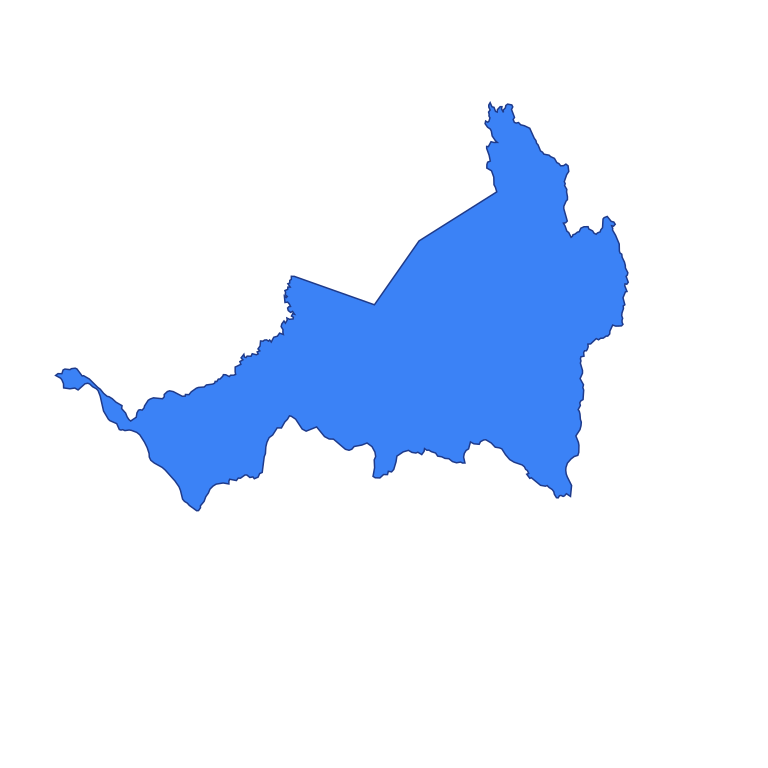 Alvorada D'Oeste, Rondônia, Brazil (Equal Earth projection), rotated 330°
{"feature_id": "56859067B19178771138394", "entity_name": "Alvorada D'Oeste", "entity_type": "district", "adm_level": 2, "iso_a3": "BRA", "parent_name": "Brazil", "parent_adm1": "Rondônia", "projection": "equal_earth", "projection_center": [-62.615, -11.332], "detail": "fine", "context": "isolated", "style": "filled", "palette": "blue", "viewbox_px": 768, "rotation_deg": 330, "n_neighbors": 0, "source": "geoboundaries", "source_scale": "gbopen_adm2", "svg_char_len": 6171}
<svg xmlns="http://www.w3.org/2000/svg" viewBox="0 0 768 768"><g transform="rotate(330 384 384)"><path d="M664.0,358.6L662.1,356.8L661.1,350.5L657.8,350.0L656.2,350.6L651.4,357.9L648.8,358.9L647.3,360.3L644.4,359.9L642.6,360.4L641.3,358.4L641.2,355.7L638.9,352.1L639.4,349.8L635.8,347.8L632.3,347.5L629.2,349.7L627.4,349.2L624.4,349.7L622.3,349.2L621.0,350.3L619.4,350.5L619.7,345.2L618.8,343.0L619.8,337.8L619.8,334.4L621.9,335.2L624.2,334.5L627.4,322.0L628.6,320.0L633.2,316.6L635.0,316.1L636.5,313.6L638.1,309.0L639.6,306.9L639.6,302.5L641.1,301.1L641.3,298.9L646.8,294.1L650.3,292.3L652.5,287.1L651.5,284.5L648.7,284.7L646.1,283.4L645.7,280.6L644.4,278.7L644.4,273.8L642.0,270.4L641.4,268.4L637.4,264.9L637.2,262.5L636.1,260.4L637.0,253.8L636.5,251.9L637.3,249.1L637.0,246.3L638.1,235.4L634.7,230.5L632.0,227.9L631.2,224.8L628.9,224.1L627.7,222.6L628.1,219.5L630.3,218.4L631.7,210.0L634.1,208.4L634.2,206.2L631.0,203.4L628.8,203.7L627.2,205.5L624.2,206.4L623.2,208.5L623.3,204.6L624.8,202.8L623.3,201.9L619.4,203.1L618.0,205.1L616.9,203.7L617.6,199.4L616.1,197.9L616.6,193.4L614.2,194.8L613.2,196.6L612.9,199.8L610.5,200.8L610.0,202.8L608.9,204.4L608.8,206.5L606.4,208.8L604.7,209.2L603.5,207.1L601.7,209.1L602.1,213.4L603.5,216.3L603.4,218.6L601.7,223.3L602.1,228.8L602.9,231.4L600.0,229.8L597.8,227.7L593.1,230.6L591.7,229.6L590.7,231.3L589.4,238.5L587.5,244.1L584.7,243.7L582.9,245.3L581.0,248.4L583.7,253.1L582.5,259.8L578.9,266.4L578.8,269.4L577.7,274.0L485.9,277.6L415.3,310.6L360.1,245.9L357.6,244.4L356.0,247.1L354.2,247.2L352.8,249.4L350.9,249.1L351.2,253.1L349.2,252.0L347.9,253.9L344.9,253.5L344.5,255.6L343.1,257.2L344.0,259.9L342.5,260.3L341.7,258.0L339.0,263.9L341.5,264.9L342.0,267.3L341.8,270.1L340.3,269.5L338.5,270.0L337.8,272.5L338.9,275.3L341.1,275.4L341.4,278.8L340.1,277.5L337.8,278.9L338.9,280.9L337.8,282.2L334.5,280.7L332.9,278.3L332.1,280.3L329.0,282.0L328.9,279.4L325.5,280.9L323.6,282.9L323.7,286.4L322.3,288.6L321.6,290.8L319.0,287.7L315.6,289.3L311.9,288.4L307.3,291.3L307.0,288.7L305.4,289.1L304.4,287.1L302.5,286.2L300.6,286.4L298.6,285.0L295.7,289.1L292.4,290.6L293.0,293.2L290.2,292.8L290.1,295.0L288.2,294.9L285.0,291.9L282.7,293.5L279.4,291.4L277.7,292.1L276.6,290.8L277.5,288.2L273.3,289.9L273.9,292.5L270.4,292.5L269.9,295.4L263.6,294.9L261.2,299.0L260.3,301.5L258.2,301.2L255.5,299.7L253.7,300.2L251.6,296.9L249.6,295.6L248.3,296.6L244.4,297.7L243.0,296.9L240.4,298.3L239.1,297.3L237.7,298.6L235.5,298.4L229.7,296.0L226.8,296.7L221.6,294.2L219.4,293.8L213.1,294.4L209.8,295.7L206.8,293.8L205.8,295.1L203.2,293.8L197.7,285.2L194.9,282.7L192.6,282.2L188.4,283.2L187.3,285.2L184.8,286.0L177.4,280.7L174.0,280.1L171.6,280.2L165.6,283.3L164.3,284.7L161.5,285.7L159.9,284.3L158.3,283.9L155.6,285.5L152.8,288.9L146.1,289.4L145.3,287.2L145.1,284.0L145.7,280.0L144.5,274.1L146.3,271.8L142.8,265.7L141.3,260.8L139.5,257.5L138.1,256.3L136.5,251.9L135.7,246.7L134.4,243.7L131.3,232.3L128.0,226.6L126.6,226.1L125.6,217.4L124.5,215.9L120.9,214.4L119.3,214.6L115.1,211.5L113.1,211.4L110.2,214.0L106.8,212.0L103.9,212.4L106.8,217.2L107.1,219.4L106.6,223.4L104.6,227.2L109.6,231.1L114.2,232.9L116.1,236.2L125.1,234.3L127.8,235.2L129.1,236.7L130.3,240.7L132.5,244.3L133.1,246.7L132.2,252.4L127.6,267.2L127.7,276.7L128.3,278.7L132.7,284.7L132.0,291.1L133.2,292.4L134.9,292.9L136.3,294.8L140.3,296.4L142.1,297.9L145.7,302.3L147.1,305.9L147.5,314.5L147.1,320.7L145.8,326.8L144.2,329.9L143.9,333.4L145.5,337.5L150.2,345.3L151.5,349.1L154.5,363.4L155.1,370.5L154.5,374.5L152.0,383.0L152.5,385.9L154.1,388.8L154.7,391.8L158.4,400.1L160.1,400.9L163.2,399.4L164.1,397.7L169.5,395.7L173.3,392.5L177.4,390.6L180.8,388.0L185.0,386.9L188.6,386.8L195.2,389.3L199.7,393.0L201.0,390.7L202.7,389.3L207.9,393.8L210.7,392.6L212.6,393.8L218.1,393.3L219.7,394.2L221.1,397.9L224.0,398.9L224.3,401.2L228.4,401.7L231.5,399.4L234.3,399.7L243.9,387.1L246.5,385.0L250.2,379.4L253.4,376.0L257.7,373.0L262.1,372.5L269.6,368.6L273.2,370.8L279.1,367.3L282.7,366.3L286.2,364.3L287.6,365.6L289.9,370.3L290.6,382.1L293.0,385.9L304.2,387.5L306.2,399.8L309.0,404.2L312.7,406.5L317.9,421.2L320.6,423.9L323.5,424.4L326.9,423.2L334.3,425.8L339.8,426.6L342.3,432.2L342.1,438.5L340.5,442.7L337.6,444.8L334.0,451.8L328.3,458.5L329.5,460.8L333.5,463.3L338.4,462.2L341.7,464.2L344.1,461.8L346.6,463.9L349.7,462.9L355.5,457.4L359.1,452.9L366.8,452.4L372.0,453.7L374.0,457.2L377.1,459.7L379.2,460.0L381.4,464.0L385.0,462.4L386.8,460.2L388.0,462.8L389.8,463.7L391.2,466.3L394.2,469.6L394.4,473.3L397.6,475.9L399.6,478.9L402.8,481.1L404.5,485.4L407.4,488.5L411.3,489.9L412.5,491.7L414.6,492.9L416.4,487.1L418.8,484.3L421.9,482.6L424.8,482.5L429.9,477.4L431.9,480.7L436.3,483.8L438.7,482.2L442.4,482.3L444.3,483.2L447.4,488.7L448.7,494.3L452.0,497.0L453.6,499.1L453.9,506.0L455.1,512.3L457.6,516.8L463.2,523.2L464.2,525.9L464.0,528.7L464.9,530.6L464.6,533.8L462.5,533.5L463.1,538.6L464.7,538.8L468.9,550.0L472.7,553.2L474.5,553.5L475.2,556.1L476.9,559.5L477.2,562.1L476.4,564.7L476.5,568.7L477.9,569.7L480.1,568.5L481.6,569.0L482.9,570.9L484.4,571.1L487.1,570.2L489.3,574.6L495.7,565.7L496.3,556.1L496.8,553.1L498.2,549.7L499.8,547.3L503.3,544.2L508.6,542.4L512.5,541.9L516.2,542.7L518.5,540.6L522.2,534.5L523.2,531.7L524.2,524.9L530.9,521.5L533.7,518.7L535.8,515.7L536.4,512.8L538.7,508.0L539.5,505.2L539.3,503.3L543.3,500.8L544.1,498.2L546.1,497.0L548.6,497.0L553.9,489.1L554.4,486.5L556.4,484.4L556.5,477.4L561.3,473.9L562.7,471.5L564.5,464.1L566.1,462.5L566.7,460.4L568.2,458.9L571.1,459.9L572.6,456.6L574.3,455.5L575.8,456.4L577.3,455.7L579.4,453.9L580.5,451.4L583.0,452.6L590.5,450.8L591.9,453.0L594.4,452.7L596.8,453.9L600.4,453.6L601.7,454.4L604.5,453.5L606.1,451.1L611.5,447.3L613.6,449.7L616.5,451.3L618.8,452.4L620.8,451.8L621.0,449.7L622.1,447.7L623.5,446.5L624.0,443.7L625.6,441.5L629.1,438.4L630.2,436.0L632.2,435.8L634.1,428.8L639.2,424.9L640.7,425.4L641.6,419.3L642.8,417.8L644.2,419.0L646.4,418.0L647.5,411.8L649.2,411.3L650.8,409.6L651.1,404.2L652.3,401.9L653.2,398.6L653.6,393.3L654.8,390.5L653.9,388.5L654.3,386.6L657.7,380.4L658.9,371.0L658.9,364.9L659.9,363.6L660.3,360.8L661.7,362.1L664.1,361.3L664.0,358.6Z" fill="#3b82f6" stroke="#1e3a8a" stroke-width="1.5"/></g></svg>